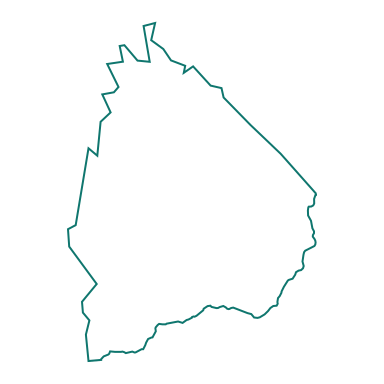 the district of Cocke, Tennessee, United States of America
{"feature_id": "52423323B93149818401656", "entity_name": "Cocke", "entity_type": "district", "adm_level": 2, "iso_a3": "USA", "parent_name": "United States of America", "parent_adm1": "Tennessee", "projection": "robinson", "projection_center": [-83.077, 35.947], "detail": "fine", "context": "isolated", "style": "outline", "palette": "teal", "viewbox_px": 384, "rotation_deg": 0, "n_neighbors": 0, "source": "geoboundaries", "source_scale": "gbopen_adm2", "svg_char_len": 1800}
<svg xmlns="http://www.w3.org/2000/svg" viewBox="0 0 384 384"><path d="M316.0,193.6L280.7,153.8L250.6,125.1L223.6,97.5L221.5,88.1L210.6,85.6L193.1,66.4L183.8,72.8L185.2,65.8L171.0,60.4L163.3,49.0L151.2,40.2L155.1,23.0L143.6,26.0L149.7,61.8L137.5,60.6L124.4,45.2L119.7,46.0L122.9,61.7L107.2,64.0L118.5,87.0L113.9,92.3L102.3,94.4L110.6,112.4L100.6,121.8L97.3,155.7L88.5,148.3L75.7,225.1L68.0,229.2L69.2,246.6L96.7,284.0L82.0,301.8L82.9,312.6L89.4,320.4L85.9,334.6L88.5,361.0L101.2,359.9L101.2,359.1L103.7,356.4L108.4,354.5L109.2,353.7L110.1,351.4L115.3,351.9L120.9,351.9L122.5,351.6L124.3,352.2L125.8,353.1L132.3,351.6L134.5,352.5L135.6,352.4L141.6,349.2L143.2,349.2L145.3,345.1L146.1,342.7L148.1,339.0L151.5,337.5L152.5,337.4L155.8,331.3L155.4,328.3L155.7,327.4L157.7,325.0L159.1,323.9L162.2,324.3L165.8,324.3L166.5,323.7L178.1,321.5L182.6,322.9L186.6,320.0L188.5,319.5L191.9,317.7L192.0,317.1L193.4,316.5L194.6,316.7L196.5,315.8L203.2,310.3L203.7,308.7L207.6,306.1L210.4,305.7L211.5,306.9L216.5,308.1L218.0,308.0L219.9,307.0L223.3,306.0L225.8,307.4L227.1,308.7L228.4,309.1L229.3,309.0L231.2,308.0L233.2,307.6L247.5,313.1L251.3,314.1L254.1,317.5L257.5,317.9L259.8,317.3L264.6,314.4L268.0,311.1L270.4,308.0L273.3,306.0L276.6,305.7L277.3,304.5L277.7,303.7L277.4,302.0L278.0,298.1L279.7,296.1L281.4,292.8L281.6,291.4L283.9,286.8L287.8,280.6L288.8,279.9L292.6,278.7L295.2,274.7L296.0,272.2L298.6,270.6L301.1,270.1L303.0,268.3L303.7,266.0L302.5,261.5L303.5,254.7L304.1,252.2L305.2,250.7L314.4,246.0L315.3,244.5L315.6,242.4L315.3,240.7L314.5,239.0L312.8,236.7L312.9,235.1L314.0,233.2L314.0,231.3L312.4,228.3L311.0,220.8L308.1,215.5L307.9,210.5L308.3,207.5L308.7,206.7L311.3,206.5L313.1,205.5L313.7,204.6L314.2,203.4L314.1,198.9L316.0,193.5L316.0,193.6Z" fill="none" stroke="#0f766e" stroke-width="2"/></svg>